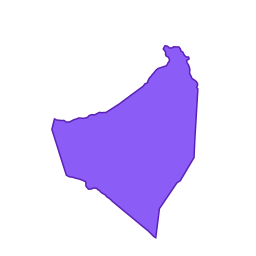 Major Isidoro, Alagoas, Brazil, rotated 290°
{"feature_id": "56859067B9836424161679", "entity_name": "Major Isidoro", "entity_type": "district", "adm_level": 2, "iso_a3": "BRA", "parent_name": "Brazil", "parent_adm1": "Alagoas", "projection": "natural_earth1", "projection_center": [-36.973, -9.523], "detail": "fine", "context": "isolated", "style": "filled", "palette": "violet", "viewbox_px": 256, "rotation_deg": 290, "n_neighbors": 0, "source": "geoboundaries", "source_scale": "gbopen_adm2", "svg_char_len": 1563}
<svg xmlns="http://www.w3.org/2000/svg" viewBox="0 0 256 256"><g transform="rotate(290 128 128)"><path d="M96.5,195.2L121.0,199.8L122.6,200.2L142.2,194.1L188.6,180.3L189.8,178.5L191.9,178.8L193.7,178.0L195.0,176.3L195.8,174.1L196.4,171.3L198.5,169.3L200.2,167.4L201.9,166.7L203.7,166.3L205.8,165.1L208.1,163.1L209.5,161.1L211.4,160.1L213.9,161.8L215.4,160.6L214.7,158.4L215.5,156.4L216.7,154.9L218.0,153.6L218.4,151.5L220.3,150.1L221.6,148.0L220.8,146.1L220.0,143.2L218.2,141.8L217.4,139.5L218.4,137.1L218.0,134.7L216.0,134.3L214.3,134.1L213.3,135.7L212.1,137.5L210.4,137.9L208.8,139.0L208.3,141.7L206.8,143.4L205.1,143.9L203.1,143.3L201.2,143.2L199.6,142.7L194.0,135.7L191.7,134.5L189.7,133.8L188.0,133.2L186.4,132.5L184.5,132.0L182.2,131.0L179.4,130.6L177.2,130.8L175.1,128.7L172.5,128.0L159.6,119.4L152.4,114.7L147.4,111.4L135.1,102.0L134.2,99.8L133.4,98.1L132.9,95.8L130.9,93.9L128.9,92.1L128.2,89.4L126.4,87.2L124.2,86.3L122.7,84.4L121.8,82.7L121.2,80.4L120.6,78.3L118.8,76.4L117.3,74.3L115.6,72.8L113.7,70.9L112.5,68.2L113.2,65.2L112.2,62.7L111.7,60.4L111.1,58.5L111.4,55.8L100.7,56.9L85.1,68.9L81.1,71.9L79.3,73.3L62.6,86.2L62.2,88.3L62.2,90.4L62.8,92.6L62.9,95.5L63.1,97.7L63.4,99.8L63.3,102.1L63.2,104.7L63.0,106.7L61.1,107.5L58.8,108.5L57.0,111.8L58.1,114.4L59.9,116.2L60.6,119.1L59.7,121.0L59.3,122.9L58.3,124.7L57.8,126.9L57.4,129.5L56.1,131.7L55.3,134.8L54.5,136.9L53.7,138.5L40.4,175.8L38.2,182.2L34.8,189.5L34.4,191.6L57.4,186.4L59.9,185.8L62.9,185.1L66.9,186.1L93.2,192.7L96.5,195.2Z" fill="#8b5cf6" stroke="#5b21b6" stroke-width="1.5"/></g></svg>